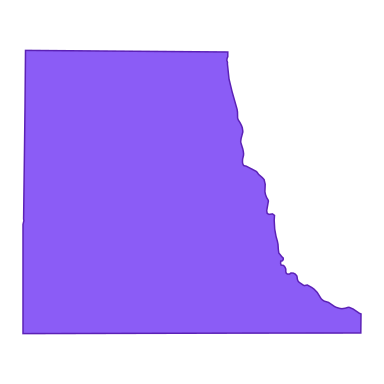 the district of Clayton, Iowa, United States of America
{"feature_id": "52423323B1897708269800", "entity_name": "Clayton", "entity_type": "district", "adm_level": 2, "iso_a3": "USA", "parent_name": "United States of America", "parent_adm1": "Iowa", "projection": "albers", "projection_center": [-91.108, 42.863], "detail": "fine", "context": "isolated", "style": "filled", "palette": "violet", "viewbox_px": 384, "rotation_deg": 0, "n_neighbors": 0, "source": "geoboundaries", "source_scale": "gbopen_adm2", "svg_char_len": 1424}
<svg xmlns="http://www.w3.org/2000/svg" viewBox="0 0 384 384"><path d="M23.0,333.6L248.8,333.1L360.8,333.0L361.0,313.9L359.4,313.3L353.1,309.0L349.4,307.4L348.2,307.3L345.3,308.2L341.9,308.7L339.7,308.4L336.1,307.3L334.5,306.5L328.5,302.4L324.2,301.1L322.5,300.0L321.1,298.7L317.2,292.4L314.0,289.1L311.8,287.5L307.3,285.0L304.4,285.6L303.7,285.4L299.1,282.3L297.8,280.7L297.3,278.8L297.1,277.0L296.7,275.7L295.0,273.9L293.2,273.1L290.9,273.0L289.7,274.0L288.1,274.1L287.5,274.1L286.3,273.3L285.8,271.8L285.8,269.1L285.1,267.4L284.3,266.2L283.3,265.4L281.1,265.1L280.6,263.5L280.7,261.1L281.9,261.0L282.7,260.5L283.3,259.2L283.2,258.0L281.8,256.7L278.8,253.0L278.3,249.2L278.0,244.3L277.4,241.3L276.0,236.3L274.7,229.1L274.2,220.2L274.5,215.4L272.5,213.9L269.0,214.4L267.2,213.4L266.7,210.7L268.4,201.1L268.2,200.2L266.6,197.5L265.5,194.6L264.9,191.7L265.2,184.3L264.1,179.6L262.4,177.7L258.6,174.4L257.0,172.1L256.1,171.3L246.3,166.2L243.8,165.6L243.2,164.8L242.7,163.5L242.5,162.3L242.5,160.7L242.6,159.0L243.5,155.3L243.6,153.8L243.3,151.4L242.8,149.0L240.8,142.6L240.7,141.5L241.1,138.5L242.8,132.1L242.8,131.0L242.3,127.7L241.6,125.8L240.2,123.0L238.1,119.6L237.6,118.0L237.5,111.8L237.4,111.6L237.1,109.4L232.0,91.4L229.0,78.9L227.4,63.8L227.5,62.4L226.8,60.3L227.1,58.3L227.8,56.7L227.8,52.0L25.5,50.4L25.0,107.6L23.6,219.1L23.9,220.6L23.0,224.4L23.0,333.6Z" fill="#8b5cf6" stroke="#5b21b6" stroke-width="1.5"/></svg>